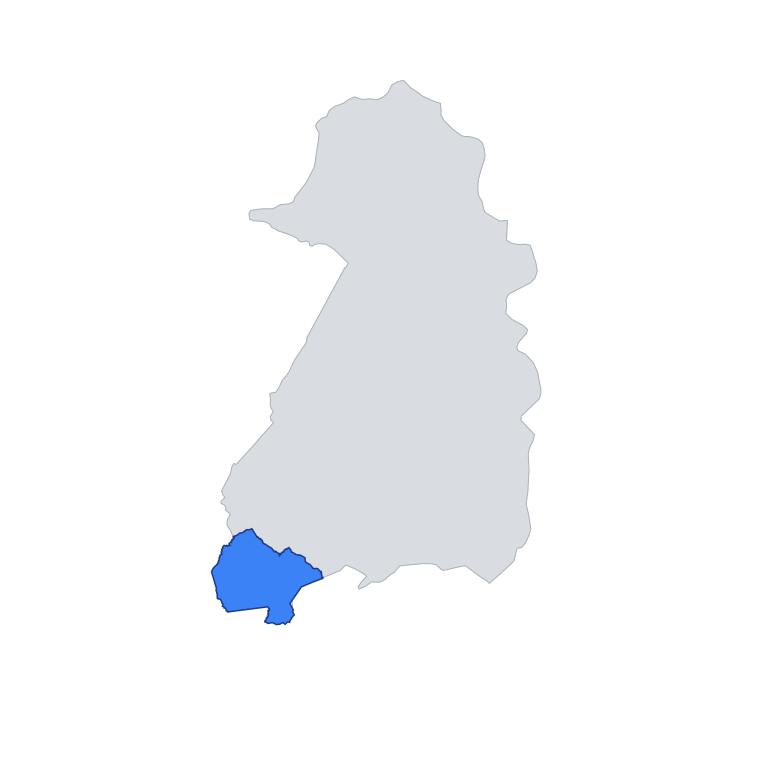 Tapoa, Tapoa, Burkina Faso (highlighted), rotated 119°
{"feature_id": "67063806B60723724569169", "entity_name": "Tapoa", "entity_type": "district", "adm_level": 2, "iso_a3": "BFA", "parent_name": "Burkina Faso", "parent_adm1": "Tapoa", "projection": "mercator", "projection_center": [1.463, 12.115], "detail": "fine", "context": "in_parent", "style": "filled", "palette": "blue", "viewbox_px": 768, "rotation_deg": 119, "n_neighbors": 0, "source": "geoboundaries", "source_scale": "gbopen_adm2", "svg_char_len": 8837}
<svg xmlns="http://www.w3.org/2000/svg" viewBox="0 0 768 768"><g transform="rotate(119 384 384)"><path d="M554.7,474.2L536.8,474.9L530.3,476.9L526.4,476.9L526.2,475.3L525.8,474.3L503.2,468.8L487.4,465.5L471.4,461.9L470.5,465.3L468.2,467.5L464.7,467.7L462.3,467.1L460.7,469.7L458.1,473.2L454.3,474.9L450.7,477.0L448.7,478.8L447.2,478.9L443.5,474.5L438.6,474.1L429.5,474.8L425.4,473.6L419.8,473.0L406.7,473.9L385.5,472.1L382.1,473.1L381.2,473.9L360.3,474.1L337.3,474.3L318.1,474.5L301.3,474.7L301.2,473.9L295.8,473.8L295.2,475.3L290.5,492.9L289.9,502.5L292.5,508.5L295.3,512.2L298.5,513.8L298.8,515.9L296.3,518.7L296.5,521.5L299.5,524.4L300.2,527.5L298.7,530.7L299.1,538.4L301.3,550.6L301.4,558.6L299.3,562.2L300.3,568.4L304.4,577.1L305.1,580.8L303.6,582.5L300.2,584.8L296.7,584.7L292.7,579.4L290.9,577.0L287.6,571.7L284.8,566.3L281.1,563.9L277.4,561.7L272.9,554.9L268.5,551.6L263.9,552.6L257.2,551.3L243.7,549.6L229.2,550.1L223.1,551.7L217.2,554.2L202.1,559.7L196.1,562.4L191.6,569.2L186.5,569.1L181.3,566.9L178.1,563.8L171.2,564.5L164.6,561.4L158.1,555.5L153.4,553.5L147.3,549.2L145.7,541.0L141.8,535.2L138.3,527.3L133.1,523.7L127.1,521.7L118.7,522.1L113.3,518.9L108.9,514.2L110.1,510.2L112.0,504.4L112.3,498.9L113.5,489.9L112.7,478.6L111.2,470.7L115.8,467.4L121.2,464.5L124.5,459.2L127.9,447.1L129.3,436.8L128.3,432.9L126.5,429.9L125.1,425.4L124.3,419.9L125.3,415.1L129.3,410.7L134.3,407.0L137.9,405.2L147.4,403.4L159.3,400.6L166.1,397.5L171.1,394.4L173.9,391.9L176.8,386.8L181.3,382.9L184.9,378.9L185.4,367.9L185.4,361.6L182.7,358.1L181.3,355.2L198.9,346.5L199.0,340.4L196.6,333.6L193.1,328.1L191.8,323.4L196.7,317.8L201.0,313.6L204.2,310.0L211.1,304.6L218.3,303.2L224.8,305.2L244.1,318.0L247.4,318.8L251.4,317.9L256.5,314.5L263.1,311.8L265.5,303.3L265.3,290.7L266.8,284.9L270.3,283.9L281.3,286.3L284.2,286.4L287.4,285.6L289.8,283.4L289.7,279.3L289.2,275.7L292.8,264.0L299.4,255.2L312.7,244.2L316.8,242.0L321.7,240.9L345.6,248.4L349.4,246.6L355.3,227.8L361.7,226.0L369.5,225.7L374.6,224.1L377.2,222.8L388.5,215.7L408.6,205.9L419.4,201.8L421.5,200.2L429.2,193.3L439.4,185.4L445.9,183.8L454.9,183.2L460.6,184.5L462.2,186.8L464.0,187.9L475.8,184.5L492.7,189.9L507.3,195.2L506.3,198.5L506.2,204.4L505.0,213.7L503.5,224.9L509.6,232.1L516.8,239.9L518.7,242.9L516.8,250.5L518.1,255.0L522.0,262.5L528.4,271.9L535.1,281.7L539.7,283.0L544.1,283.7L546.7,285.5L550.6,287.2L554.5,288.3L557.9,290.4L560.0,292.5L562.8,298.5L570.3,302.5L575.5,306.4L573.4,308.4L566.9,307.6L560.8,305.8L559.9,308.7L559.7,319.7L560.7,328.9L562.1,330.1L568.3,331.8L583.0,343.6L596.3,354.9L600.8,357.8L608.1,358.9L616.4,359.4L619.9,358.3L627.9,352.7L632.1,352.0L636.1,352.2L638.2,353.1L642.0,357.7L645.6,364.7L646.6,369.8L646.3,372.6L645.1,373.6L638.5,375.0L635.7,376.0L635.0,377.5L636.0,381.0L637.3,383.2L644.4,393.2L654.8,406.7L657.9,410.2L656.1,414.2L650.9,424.8L647.0,429.2L629.6,444.1L621.1,442.4L603.2,445.4L600.5,441.9L596.3,441.5L591.2,442.1L589.3,443.4L588.7,444.9L586.9,446.9L583.6,452.8L581.0,454.3L577.8,455.3L574.0,455.1L571.7,455.9L571.7,458.8L571.0,461.4L568.3,462.7L567.2,465.5L567.4,468.3L565.9,469.6L562.5,468.9L560.5,468.1L558.6,471.8L556.3,474.2L554.7,474.2Z" fill="#d9dde1" stroke="#a8b0b8" stroke-width="1"/><path d="M579.3,421.1L574.6,429.4L574.9,429.6L575.4,429.8L575.7,430.2L576.1,430.4L576.5,431.0L576.8,431.4L577.2,432.0L577.7,432.7L578.0,433.6L578.6,433.8L578.8,433.9L579.5,434.1L579.8,434.3L580.1,434.7L580.4,434.7L580.6,434.9L581.0,434.7L581.3,434.8L581.7,435.1L582.1,435.2L582.3,435.5L582.8,435.7L583.2,436.2L583.4,436.3L583.6,436.7L583.6,436.9L583.8,437.4L584.2,437.7L584.5,438.1L584.9,438.1L585.1,438.2L585.5,438.3L586.5,438.9L586.9,439.0L587.1,438.9L587.4,439.0L587.6,439.3L588.1,439.7L588.2,439.9L588.4,440.0L588.6,440.0L588.8,440.1L589.0,440.5L589.3,440.5L589.7,440.8L589.7,441.1L589.9,441.1L590.2,441.7L590.3,441.8L590.6,441.7L590.8,441.5L591.1,440.7L591.5,440.7L591.7,440.3L592.1,440.2L592.3,440.3L592.5,440.8L592.9,441.0L593.5,440.9L594.0,440.7L594.6,441.6L594.9,441.6L595.9,440.8L596.3,440.7L596.9,441.4L597.5,441.6L597.9,441.9L598.5,442.1L598.8,442.0L599.1,441.8L599.5,441.2L599.8,440.4L600.0,440.4L600.2,440.5L600.4,441.0L601.0,441.4L601.0,442.1L601.3,442.3L601.7,442.3L601.8,442.6L601.4,443.3L602.0,443.5L602.5,443.9L602.6,444.2L602.5,445.2L602.7,445.6L603.2,445.8L604.1,445.8L604.6,446.1L604.9,446.1L605.2,445.9L605.8,445.3L606.2,445.3L606.6,445.7L607.2,445.7L607.6,445.7L608.1,445.4L609.0,444.4L609.3,444.4L609.6,444.8L610.1,444.9L610.3,444.7L610.6,444.3L611.1,443.4L611.3,443.3L611.7,443.8L612.2,443.7L612.5,443.9L612.7,444.2L612.9,444.3L613.5,444.0L613.8,444.2L614.0,444.2L614.2,443.8L614.6,443.8L615.2,444.1L615.5,443.9L615.9,443.9L616.2,443.7L616.7,443.6L616.9,443.2L617.2,442.9L617.6,442.8L618.6,443.1L619.0,443.0L619.5,442.7L620.0,442.3L620.4,442.7L620.7,442.7L621.7,442.2L622.1,442.2L622.9,442.7L623.5,442.6L624.9,443.3L627.9,444.0L628.1,443.9L629.7,444.0L631.7,443.8L632.3,443.5L636.0,439.5L637.2,438.4L638.1,437.4L641.0,434.5L641.9,433.4L642.5,432.9L643.8,431.5L644.3,431.2L645.0,431.3L645.2,431.2L646.1,430.6L648.8,427.9L652.2,426.0L652.4,425.6L652.1,425.4L652.0,425.2L652.2,424.4L651.8,423.6L651.7,422.7L651.9,422.4L652.0,421.7L652.7,420.9L653.1,420.2L653.8,419.8L654.4,419.2L654.5,419.0L654.6,418.1L655.2,417.9L656.8,417.6L656.8,417.2L656.5,416.9L656.6,416.6L656.5,416.1L656.6,415.8L657.4,415.4L657.5,415.1L657.2,414.9L657.0,414.7L656.9,414.5L657.0,413.9L657.3,413.3L657.9,412.6L658.7,412.3L658.9,412.1L658.9,411.8L658.3,410.8L658.5,410.3L658.9,410.3L659.0,410.1L659.1,409.9L658.4,409.1L657.4,407.7L656.7,407.1L655.0,404.6L635.5,378.0L635.4,377.6L635.4,377.3L636.0,376.7L636.0,376.4L635.8,376.2L635.9,375.8L636.6,375.0L637.0,374.8L637.3,375.0L637.6,374.8L638.1,374.8L638.1,375.1L638.2,375.3L638.4,375.7L638.5,375.7L638.8,375.5L639.2,374.6L639.5,374.6L640.4,374.3L640.9,373.9L641.6,373.7L641.5,373.2L642.4,373.1L643.0,372.8L643.5,372.8L643.9,373.0L645.0,372.9L645.9,373.5L646.5,372.9L647.3,372.7L648.2,373.1L648.5,373.4L649.1,373.2L649.1,372.8L649.9,372.6L650.0,372.5L649.5,371.9L649.6,370.6L649.8,369.7L649.5,369.2L646.8,365.9L646.6,361.5L644.5,358.6L641.5,356.8L641.9,355.9L642.1,354.0L639.9,353.4L639.0,352.8L638.6,352.7L638.2,351.0L637.3,351.2L636.7,351.7L635.2,351.3L631.9,351.2L629.4,350.5L627.4,353.8L625.8,353.6L621.6,359.9L601.5,357.9L591.6,350.1L590.0,348.7L589.7,348.5L588.5,347.5L587.4,346.5L585.2,344.7L584.3,343.8L583.6,343.4L583.1,343.3L582.8,343.5L582.9,343.9L583.0,344.0L583.2,344.4L583.2,344.8L582.6,344.9L582.3,345.1L582.1,345.3L581.9,345.3L581.6,345.7L581.2,345.9L581.3,346.1L581.2,346.2L581.0,346.3L580.8,346.2L580.7,346.3L580.7,346.7L580.3,347.0L579.8,347.1L579.6,347.0L579.3,347.1L579.2,347.3L579.3,348.1L579.1,348.3L578.9,348.2L578.5,348.2L578.7,348.8L578.7,349.4L578.6,349.5L578.4,349.8L578.4,350.0L578.5,350.4L578.2,350.8L577.9,351.3L577.7,352.3L578.0,353.6L578.2,353.8L578.3,354.1L578.8,354.7L578.9,354.8L579.4,355.7L579.4,355.9L579.4,356.0L579.5,356.0L579.5,356.7L579.7,357.0L579.7,357.3L579.4,357.5L579.1,357.8L578.9,357.9L578.9,358.3L577.7,361.3L577.7,361.8L577.9,362.7L577.6,366.7L576.3,367.6L574.3,368.8L574.2,372.6L574.2,372.9L574.3,373.0L574.2,373.5L574.4,374.3L574.4,374.7L574.4,375.0L574.6,375.3L574.9,375.4L574.8,375.5L575.5,377.1L575.8,378.2L576.0,378.6L576.0,379.0L575.6,379.6L575.6,381.0L575.9,383.0L575.7,383.0L575.4,383.4L575.4,383.7L575.3,383.9L575.1,384.5L574.8,384.7L574.4,384.9L574.1,385.4L574.0,385.9L573.7,386.4L573.7,386.7L573.7,386.9L573.3,387.6L573.6,387.6L573.6,387.9L573.8,388.0L574.0,388.2L574.5,388.7L575.0,388.8L575.1,389.1L575.7,389.3L575.9,389.6L575.9,389.8L576.0,389.8L576.1,389.6L576.2,389.9L576.4,390.1L576.9,390.2L577.2,390.2L577.7,390.7L577.8,390.6L578.5,390.5L579.0,390.5L578.9,390.6L579.0,390.7L579.4,390.9L580.3,391.1L580.5,391.3L580.8,391.5L581.0,391.7L581.4,391.8L581.8,391.6L582.2,391.6L582.5,392.1L583.3,391.9L583.3,392.2L583.1,392.3L582.8,392.4L582.8,392.7L583.6,392.4L583.8,392.4L583.8,392.5L584.0,392.5L584.2,392.3L584.3,392.4L584.6,392.4L584.4,392.6L584.1,392.7L583.7,393.4L583.4,394.1L583.2,394.7L583.3,395.0L583.0,396.5L582.8,397.5L583.2,397.5L583.6,398.1L583.8,398.1L583.8,398.5L583.7,398.6L583.4,398.8L583.4,399.0L583.5,399.1L583.6,399.5L583.1,400.1L583.0,401.0L582.2,402.2L582.0,404.0L582.1,404.6L582.1,406.1L581.9,406.9L581.9,407.5L581.7,410.3L581.8,410.5L581.7,410.9L581.9,411.1L582.0,411.6L581.8,412.3L581.9,412.6L581.7,413.0L581.4,413.1L581.4,413.4L580.9,413.6L580.7,414.0L580.4,414.0L579.8,414.8L579.7,415.0L579.7,415.4L580.1,415.6L580.0,415.8L580.0,416.0L579.9,416.1L579.8,416.5L579.7,416.6L579.2,416.7L579.2,416.8L579.2,417.2L579.3,417.4L579.5,417.7L579.5,417.9L579.5,418.0L579.8,418.2L579.8,418.4L579.6,418.5L579.5,418.8L579.4,418.9L579.3,419.1L579.2,419.3L579.2,419.6L579.0,419.8L579.1,420.1L579.1,420.4L579.3,420.7L579.0,420.7L578.9,420.8L579.0,421.0L579.3,421.1Z" fill="#3b82f6" stroke="#1e3a8a" stroke-width="1.5"/></g></svg>